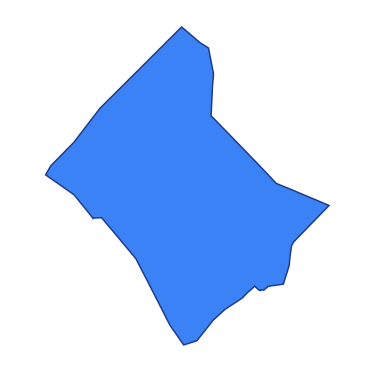 Gurvantes, Ömnögovi, Mongolia, rotated 48°
{"feature_id": "93677404B48845282063548", "entity_name": "Gurvantes", "entity_type": "district", "adm_level": 2, "iso_a3": "MNG", "parent_name": "Mongolia", "parent_adm1": "Ömnögovi", "projection": "equal_earth", "projection_center": [101.209, 43.334], "detail": "fine", "context": "isolated", "style": "filled", "palette": "blue", "viewbox_px": 384, "rotation_deg": 48, "n_neighbors": 0, "source": "geoboundaries", "source_scale": "gbopen_adm2", "svg_char_len": 1544}
<svg xmlns="http://www.w3.org/2000/svg" viewBox="0 0 384 384"><g transform="rotate(48 192 192)"><path d="M118.7,97.0L96.0,83.4L86.6,86.1L68.1,88.5L62.4,89.3L68.2,204.4L76.0,246.4L77.3,267.4L78.0,279.3L81.3,289.3L89.7,287.4L95.5,286.0L101.2,284.7L105.6,283.7L110.9,282.5L115.3,281.5L119.5,281.7L125.7,282.1L130.5,282.3L132.2,282.4L139.5,282.8L145.5,283.2L145.4,282.8L145.4,282.7L145.5,282.7L145.6,282.4L146.6,281.2L150.6,276.4L159.5,276.7L169.0,277.0L174.7,277.2L179.8,277.4L184.0,277.6L191.2,277.8L197.4,278.1L204.0,278.3L211.9,280.4L214.8,281.2L220.9,282.8L226.9,284.3L233.9,286.2L240.7,288.0L243.2,288.7L247.3,289.8L251.4,290.8L254.5,291.7L262.1,293.7L269.3,295.7L276.6,297.6L277.4,297.7L284.7,298.6L292.0,299.5L295.0,299.9L300.1,300.5L305.8,287.8L301.4,261.8L301.3,245.9L304.4,225.9L303.9,218.0L304.0,212.0L304.0,211.9L304.0,208.3L309.3,208.0L309.6,207.7L309.8,207.5L310.0,207.5L310.3,207.5L310.5,207.5L310.6,207.4L310.9,207.2L311.0,207.1L311.1,206.8L311.0,206.7L311.0,206.4L311.1,206.2L311.4,205.8L311.5,205.3L311.8,204.9L312.1,204.7L312.4,204.7L312.7,204.6L312.9,204.5L313.0,204.3L313.0,204.0L313.0,203.5L313.0,203.0L312.9,202.6L312.9,202.2L312.8,201.9L312.8,201.5L312.8,201.3L312.9,201.2L313.1,200.8L313.2,200.6L313.3,200.3L313.3,200.0L313.3,199.7L313.2,199.6L313.2,199.3L313.0,199.1L312.9,198.8L312.9,198.7L321.6,185.8L311.8,169.2L305.0,161.7L300.6,156.4L298.3,153.6L297.1,149.5L293.7,99.2L255.1,117.3L242.1,123.6L221.9,124.1L203.4,124.7L148.1,126.8L127.1,106.0L118.7,97.0Z" fill="#3b82f6" stroke="#1e3a8a" stroke-width="1.5"/></g></svg>